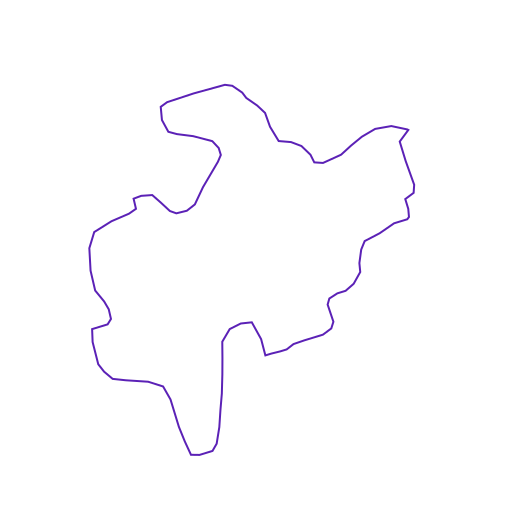 map outline of Tuzla (Equal Earth projection), rotated 253°
{"feature_id": "BIH-2887", "entity_name": "Tuzla", "entity_type": "Canton", "adm_level": 1, "iso_a3": "BIH", "parent_name": "Bosnia and Herzegovina", "parent_adm1": "", "projection": "equal_earth", "projection_center": [18.577, 44.534], "detail": "fine", "context": "isolated", "style": "outline", "palette": "violet", "viewbox_px": 512, "rotation_deg": 253, "n_neighbors": 0, "source": "natural_earth", "source_scale": "10m", "svg_char_len": 1455}
<svg xmlns="http://www.w3.org/2000/svg" viewBox="0 0 512 512"><g transform="rotate(253 256 256)"><path d="M158.2,235.9L158.3,235.9L175.0,236.6L193.8,232.6L195.9,221.7L193.8,209.5L183.9,198.7L167.7,193.9L152.6,189.2L134.4,183.1L119.2,177.0L103.1,170.9L88.0,163.5L82.3,157.4L82.3,143.8L84.9,135.7L99.5,133.7L115.2,132.3L143.8,132.3L158.4,129.0L167.3,116.1L175.2,95.2L180.4,83.0L189.8,76.9L198.6,73.5L221.5,74.6L234.0,77.9L234.0,88.7L234.0,94.1L238.2,98.9L248.1,99.6L256.9,97.5L270.0,92.1L290.3,93.5L312.2,98.9L326.2,108.3L331.5,128.0L333.6,146.9L336.2,155.0L346.6,155.7L347.1,163.8L344.6,174.6L334.7,180.7L324.2,186.8L320.1,192.3L319.5,203.1L323.2,212.6L337.3,225.4L357.2,247.1L362.9,251.9L370.2,251.9L378.6,247.8L389.0,230.9L395.7,216.0L400.4,208.5L413.5,205.8L426.5,208.5L429.1,216.0L429.6,239.6L429.7,243.8L428.8,276.3L425.7,283.1L416.3,290.6L410.0,292.9L399.6,301.1L390.2,306.5L375.5,307.2L359.3,311.3L354.7,322.8L347.9,331.6L336.9,337.7L328.5,339.1L325.4,347.3L328.0,367.0L333.8,379.2L339.1,392.1L342.7,407.1L340.7,423.4L332.8,437.7L332.0,438.5L323.4,426.9L303.1,426.9L277.9,428.1L270.3,425.2L266.8,415.4L256.6,415.4L248.6,413.7L246.9,411.4L246.9,397.6L241.6,380.9L238.5,364.3L231.4,358.5L219.0,352.8L210.2,351.0L200.9,341.3L196.5,331.5L196.5,322.9L193.9,313.7L188.6,310.3L170.5,310.8L164.7,306.8L161.2,297.0L161.2,287.3L161.2,277.6L160.8,266.1L157.7,258.0L157.7,251.2L158.2,242.0L158.2,235.9Z" fill="none" stroke="#5b21b6" stroke-width="2"/></g></svg>